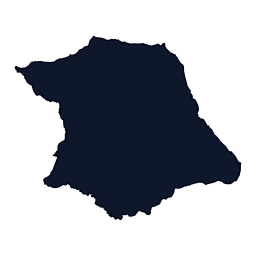 outline of North Efate, Shefa, Vanuatu
{"feature_id": "77236927B73770222811595", "entity_name": "North Efate", "entity_type": "district", "adm_level": 2, "iso_a3": "VUT", "parent_name": "Vanuatu", "parent_adm1": "Shefa", "projection": "natural_earth1", "projection_center": [168.415, -17.573], "detail": "fine", "context": "isolated", "style": "filled", "palette": "ink", "viewbox_px": 256, "rotation_deg": 0, "n_neighbors": 0, "source": "geoboundaries", "source_scale": "gbopen_adm2", "svg_char_len": 5720}
<svg xmlns="http://www.w3.org/2000/svg" viewBox="0 0 256 256"><path d="M240.6,163.5L240.2,163.0L239.0,162.6L238.3,162.0L237.6,161.6L236.7,159.5L236.4,159.4L235.8,159.6L235.7,159.0L236.0,158.4L236.0,158.0L235.3,157.7L235.0,156.5L234.5,156.2L234.3,155.4L233.7,155.2L233.1,154.4L232.3,153.8L231.7,152.5L231.2,152.0L230.9,152.0L231.7,153.5L231.7,153.9L231.4,154.0L229.6,152.0L228.6,151.3L225.8,147.5L225.6,146.9L222.2,143.8L221.4,142.8L220.7,142.5L219.9,141.6L218.5,139.5L218.5,139.2L217.8,138.7L217.1,137.6L216.5,137.2L215.6,136.0L214.3,135.3L213.7,134.2L213.2,133.0L212.7,132.4L211.4,129.7L210.4,129.1L209.7,128.1L209.0,128.0L208.6,127.7L208.5,126.2L208.0,126.0L206.6,126.1L206.2,125.6L206.2,124.2L205.3,123.7L205.2,122.6L204.8,122.3L204.5,121.4L203.8,121.1L203.7,120.3L203.4,119.9L202.8,119.7L202.2,119.2L200.1,119.1L199.4,118.0L199.0,117.8L198.7,117.4L197.5,116.9L197.3,116.5L197.7,115.3L197.5,114.6L196.9,114.2L197.4,111.3L198.1,110.6L198.2,110.3L198.1,108.2L197.8,106.2L196.9,103.8L195.0,100.2L193.5,99.2L193.2,99.3L193.2,99.6L192.9,99.6L192.1,98.4L191.4,98.3L191.3,97.9L191.8,97.6L191.9,97.1L192.2,96.9L192.1,96.1L191.0,94.2L190.1,93.7L189.9,93.4L190.1,90.7L189.5,90.3L189.1,89.8L186.6,85.3L186.3,83.4L184.2,75.7L184.0,73.7L183.7,73.0L183.3,70.4L183.3,67.1L183.1,66.1L182.2,64.8L180.4,63.6L178.7,61.1L176.5,57.3L175.5,56.2L174.8,54.9L174.1,54.8L173.2,55.0L172.5,53.8L171.9,53.5L171.1,53.5L170.1,52.9L166.5,49.4L165.4,48.0L165.2,47.3L164.7,46.9L164.5,46.4L164.6,44.1L164.0,43.6L163.0,43.9L162.3,45.0L161.3,46.0L159.6,46.3L159.6,45.5L159.5,45.3L158.9,45.2L158.1,44.5L156.5,44.7L155.7,45.3L153.3,45.7L152.6,46.4L152.0,46.4L147.1,45.4L146.9,45.0L146.3,44.7L144.5,44.8L143.8,43.9L143.4,43.8L138.2,44.3L135.0,44.0L129.7,44.3L128.0,43.5L126.1,43.3L125.2,42.4L123.6,42.3L123.4,42.6L123.3,43.2L122.7,43.2L122.3,42.9L121.9,42.4L120.6,42.0L119.6,41.2L118.5,41.1L118.2,40.2L116.5,40.3L115.8,40.5L115.3,39.7L112.7,39.9L111.8,39.5L109.1,40.4L108.1,40.6L107.0,40.5L106.0,40.3L105.6,39.9L104.3,39.2L103.0,38.8L101.9,38.8L101.3,38.4L95.4,37.7L94.8,37.4L94.2,36.7L93.7,36.6L91.9,38.9L91.1,39.6L90.3,40.7L88.9,45.2L87.5,46.7L85.6,46.8L84.1,47.6L82.9,49.0L79.4,50.3L78.4,52.1L75.3,54.7L71.8,55.5L71.2,55.5L70.8,55.1L70.4,55.0L69.9,55.4L69.6,56.3L69.0,56.8L67.3,57.3L66.6,57.8L61.4,59.1L60.0,59.0L58.1,59.7L55.3,61.4L54.9,62.3L52.4,62.3L51.3,62.8L51.2,63.1L50.5,62.8L43.0,62.3L42.2,61.9L40.9,61.9L40.6,61.7L39.3,61.9L38.3,61.8L37.7,62.0L37.5,62.5L37.0,62.1L36.2,62.1L35.6,61.7L34.9,62.2L34.3,62.0L33.7,62.7L33.4,62.8L32.4,62.2L32.1,62.2L30.8,63.4L28.7,66.2L26.9,67.1L25.7,68.0L25.2,68.2L20.7,68.6L18.6,67.9L16.4,66.8L15.7,66.9L15.4,67.4L16.3,69.7L17.2,70.0L17.3,70.2L17.5,71.9L19.2,71.8L21.2,72.3L21.7,72.7L23.3,74.9L24.6,75.2L25.0,75.8L24.9,77.7L26.1,79.4L27.4,82.0L29.5,83.8L31.7,84.9L32.4,85.7L33.3,89.2L33.9,90.6L34.2,91.6L34.4,92.0L35.2,92.5L35.7,94.0L36.6,94.8L37.3,95.1L38.9,94.4L40.3,94.9L41.1,94.9L43.7,97.7L45.9,98.5L46.0,99.6L47.1,99.6L47.4,100.2L50.1,100.6L50.2,101.4L51.3,101.2L52.5,100.3L53.3,100.3L54.1,101.1L54.6,101.2L55.5,101.4L56.0,101.1L56.5,102.0L57.5,101.6L59.3,102.1L59.8,103.7L60.2,107.5L59.5,109.2L59.7,110.4L59.2,112.4L60.8,115.4L61.1,117.7L61.4,118.2L63.6,120.0L63.9,120.9L63.9,123.4L64.3,126.9L65.4,128.0L65.6,128.6L65.7,130.2L66.4,131.6L67.0,132.2L65.9,133.0L65.5,135.6L65.6,137.5L65.3,140.0L64.7,140.6L62.1,142.1L61.5,142.2L60.5,143.3L59.4,143.7L58.2,146.2L58.2,149.2L58.4,150.3L58.0,150.9L56.6,151.8L55.7,153.5L53.8,155.4L56.1,155.9L59.3,156.9L58.5,157.0L57.8,157.8L54.0,167.8L53.7,169.5L53.2,169.6L53.0,170.8L51.3,172.4L50.9,174.6L50.7,175.1L49.5,175.8L48.4,176.9L44.9,178.6L44.2,179.5L43.9,180.1L44.0,180.8L44.8,182.2L45.0,183.9L46.2,183.8L47.0,184.2L48.3,186.0L49.1,186.0L50.1,185.5L50.7,185.8L51.2,186.5L52.0,186.6L52.1,186.9L55.6,187.5L58.0,187.0L60.8,185.7L62.2,184.6L63.7,184.4L65.3,184.8L66.5,184.2L67.0,183.3L67.2,182.6L67.8,182.5L68.7,184.0L70.3,184.5L70.6,186.3L71.7,187.6L72.6,187.1L73.6,188.1L75.4,187.7L77.1,189.3L77.4,189.4L78.6,188.9L79.8,189.7L80.2,191.3L81.5,191.4L82.0,191.8L82.8,193.2L83.6,193.7L84.9,193.9L86.3,193.8L87.5,195.2L88.0,195.2L88.7,194.3L88.8,192.7L89.2,192.4L89.7,192.4L90.6,193.7L92.2,193.8L92.3,194.0L92.6,194.8L92.4,195.3L91.7,195.8L91.8,196.4L93.8,196.5L94.5,197.3L95.9,198.4L96.2,199.0L96.1,201.2L95.7,202.5L95.3,203.1L96.1,204.1L97.6,205.0L99.7,206.0L100.5,206.7L101.8,207.0L103.4,206.6L104.1,208.1L105.4,209.8L105.9,210.2L106.5,210.4L108.1,211.6L108.1,211.9L107.3,212.4L107.4,212.9L107.7,213.2L108.1,213.4L108.8,213.2L109.9,213.3L111.1,214.3L111.1,214.7L109.3,214.9L109.3,215.2L111.6,216.7L112.4,216.2L113.5,216.0L114.3,217.3L115.0,217.7L115.1,218.6L115.3,218.8L116.5,218.6L117.2,217.9L118.3,217.9L119.8,219.0L120.5,219.4L121.6,218.3L122.2,216.9L121.4,215.4L121.6,214.7L122.3,214.2L123.0,214.5L125.5,214.4L124.9,213.9L125.4,213.4L126.5,213.4L128.2,214.1L128.8,214.6L129.1,215.7L129.9,216.0L131.5,215.9L134.7,215.0L138.7,209.9L142.0,211.4L144.8,211.9L145.6,212.9L146.3,212.9L146.7,213.8L147.2,214.2L148.7,214.3L149.5,214.1L150.3,212.6L150.0,211.1L150.8,208.9L151.1,206.8L155.0,205.7L159.4,203.6L161.3,199.7L162.2,198.8L162.9,198.4L165.1,198.4L165.6,199.0L166.7,198.0L168.0,197.0L169.9,197.0L171.1,196.4L172.5,194.5L173.4,192.5L174.0,190.0L174.1,188.8L175.0,187.8L175.6,187.7L177.0,188.0L178.6,188.0L180.8,187.6L184.6,185.7L186.0,185.7L188.8,184.7L190.4,184.6L191.3,183.7L193.1,183.5L193.8,183.1L199.3,181.9L201.8,182.1L202.4,182.0L205.9,184.3L207.1,183.6L213.0,182.2L213.8,181.8L215.3,181.5L216.9,180.4L218.1,180.2L219.2,180.2L222.2,181.2L223.3,181.7L224.1,182.9L226.8,183.5L230.2,183.5L231.4,182.9L233.9,180.8L236.1,180.4L236.7,179.6L237.3,178.1L239.2,174.9L239.5,172.6L240.1,170.6L240.2,164.5L240.6,163.5Z" fill="#0f172a" stroke="#020617" stroke-width="1.5"/></svg>